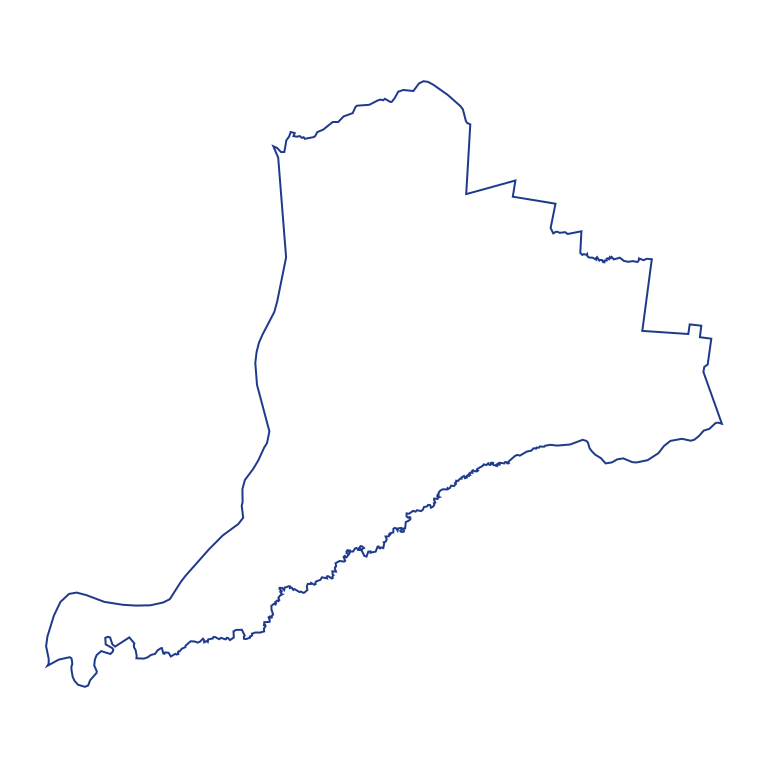 Empedrado, Corrientes, Argentina
{"feature_id": "61730980B73839587139252", "entity_name": "Empedrado", "entity_type": "district", "adm_level": 2, "iso_a3": "ARG", "parent_name": "Argentina", "parent_adm1": "Corrientes", "projection": "albers", "projection_center": [-58.733, -27.913], "detail": "fine", "context": "isolated", "style": "outline", "palette": "blue", "viewbox_px": 768, "rotation_deg": 0, "n_neighbors": 0, "source": "geoboundaries", "source_scale": "gbopen_adm2", "svg_char_len": 6088}
<svg xmlns="http://www.w3.org/2000/svg" viewBox="0 0 768 768"><path d="M721.9,423.8L703.4,371.9L704.3,366.9L707.7,364.5L711.3,338.7L699.9,337.2L701.3,325.7L689.7,324.4L688.3,334.0L642.3,330.9L651.8,259.2L646.7,258.8L643.6,260.2L639.0,258.4L638.7,260.6L637.5,262.0L632.6,261.1L628.5,261.8L624.1,261.0L619.8,257.7L613.8,259.4L611.7,257.0L610.9,258.1L609.9,257.0L608.9,259.2L607.9,258.3L606.6,258.7L606.7,260.5L604.5,260.6L604.4,262.3L603.2,262.2L602.0,260.1L600.1,259.9L599.3,260.6L597.1,257.1L596.2,258.0L596.2,259.7L592.7,257.7L589.0,257.5L587.5,256.3L587.1,254.0L586.4,254.9L583.9,254.1L582.3,254.9L580.3,252.9L581.4,231.3L567.6,234.0L565.3,232.2L559.7,232.8L557.4,231.8L555.8,231.8L553.3,233.4L550.6,228.1L555.5,203.7L512.8,196.7L515.4,180.5L466.2,194.1L470.3,124.4L466.9,122.8L465.8,120.7L462.9,109.4L460.5,106.2L447.5,94.7L433.1,84.6L428.0,81.9L423.5,81.2L419.0,83.4L413.4,91.0L403.3,90.0L398.2,91.7L394.7,98.1L391.8,101.8L390.5,102.0L384.9,98.8L383.2,100.2L380.4,99.6L377.6,100.5L369.3,104.8L356.9,105.7L355.4,107.1L352.7,113.1L343.6,116.4L338.2,122.0L332.7,122.0L323.1,129.7L317.3,132.1L315.1,136.2L313.7,137.1L304.9,138.8L303.6,137.2L302.1,137.9L299.7,136.1L296.7,136.7L293.5,136.1L294.7,133.1L290.7,132.0L289.1,136.6L286.4,140.2L284.3,152.0L281.1,152.1L277.0,147.9L273.3,146.2L278.2,157.7L286.1,257.4L277.2,301.5L274.3,312.0L262.4,334.8L258.9,342.9L256.6,352.0L255.3,362.9L257.0,384.8L269.4,431.4L267.0,443.1L264.2,447.5L258.3,460.4L253.2,468.9L244.9,480.0L242.4,489.1L242.6,502.2L241.7,505.8L243.2,517.7L238.4,523.9L222.7,535.5L209.0,549.3L185.6,575.7L180.9,581.8L169.8,599.2L163.1,602.5L150.4,605.3L136.1,605.6L123.0,604.8L104.4,601.9L86.0,595.0L76.7,592.6L69.0,593.9L60.4,602.0L53.9,615.6L47.4,636.6L46.1,646.2L48.7,658.8L48.7,663.6L47.4,665.8L58.8,659.6L69.7,657.2L71.3,658.2L71.9,660.1L72.3,664.1L71.4,666.5L71.5,670.0L72.7,676.9L74.7,681.1L78.1,684.8L84.9,686.8L88.1,685.5L90.2,680.1L96.6,672.9L96.8,671.4L94.2,665.4L94.9,659.4L96.7,655.0L101.2,651.1L110.4,654.0L112.8,651.6L113.3,649.5L112.1,648.0L105.7,644.4L105.3,637.8L108.0,636.8L110.1,637.5L112.4,644.4L115.1,646.6L129.3,637.4L134.4,643.5L133.8,644.7L134.1,647.6L135.5,649.7L136.7,655.8L136.4,658.3L143.8,658.6L147.5,657.4L150.9,655.0L155.2,653.8L157.4,650.5L160.7,648.3L161.9,648.1L163.3,653.5L164.5,653.8L165.1,652.4L168.6,652.8L170.8,656.5L175.4,653.8L176.5,654.5L178.3,654.1L177.9,652.5L178.6,651.3L179.6,651.4L181.7,648.8L185.4,647.1L185.6,645.6L190.6,641.3L194.7,641.5L197.6,642.6L200.1,641.6L202.9,638.7L204.1,640.1L204.2,642.3L206.6,641.1L207.8,642.0L208.2,639.4L212.8,638.5L213.2,637.2L214.7,636.9L219.2,639.2L221.0,637.8L225.1,639.3L226.0,639.2L226.6,637.9L227.9,637.9L230.0,640.1L233.8,637.5L233.5,631.3L236.1,629.9L241.9,629.8L244.7,635.6L243.9,636.4L243.9,638.7L245.9,639.1L250.0,637.7L249.9,636.5L251.7,635.9L252.2,634.9L251.9,633.7L255.3,632.5L259.9,632.6L264.2,631.4L263.9,628.7L265.6,625.9L265.1,624.9L264.0,625.1L264.3,622.2L269.5,621.9L269.8,620.6L268.6,617.3L269.8,616.5L270.6,617.7L271.8,617.5L271.9,615.7L273.1,614.5L271.5,609.7L271.4,605.8L273.9,603.9L275.5,604.5L276.1,603.2L275.2,602.2L277.1,600.5L278.3,601.2L279.3,600.2L278.4,597.8L279.9,595.7L282.2,594.4L281.2,594.1L281.3,592.8L280.3,591.9L281.7,591.0L279.5,589.0L279.6,587.8L282.3,588.0L284.2,590.0L284.7,587.6L289.0,586.2L290.0,586.4L289.9,588.1L291.7,587.6L293.3,589.9L294.3,589.0L299.6,592.1L300.9,591.6L303.7,592.9L304.7,592.4L307.4,589.9L306.8,586.8L307.7,583.9L310.8,584.0L311.0,582.9L314.3,584.7L315.6,584.1L315.4,582.5L316.2,581.4L320.5,579.8L321.9,577.3L327.0,578.4L326.6,577.2L327.2,576.2L328.5,576.3L331.6,578.5L332.7,578.1L332.4,576.4L333.5,575.3L332.6,574.2L332.4,571.3L336.0,571.6L334.9,568.8L334.9,567.4L336.1,566.5L335.6,563.1L339.6,561.0L344.1,561.6L345.2,560.8L343.6,556.9L344.8,555.9L345.5,557.2L346.5,557.3L349.0,554.1L346.6,553.2L346.5,551.5L347.4,550.2L349.6,550.5L348.9,551.7L349.8,552.4L350.4,551.5L353.1,551.5L354.9,548.6L356.3,548.0L357.7,548.7L357.8,549.8L360.7,550.1L360.3,548.8L359.1,548.1L360.6,546.1L362.1,546.4L364.0,548.0L361.8,549.3L361.6,550.5L364.4,555.9L366.5,556.6L368.3,551.6L370.6,551.5L370.5,552.7L375.7,551.6L377.6,546.6L378.6,546.5L378.8,547.6L380.0,548.4L380.9,547.4L383.3,548.1L384.2,543.4L383.7,542.3L385.7,541.6L386.7,539.4L385.6,536.5L388.5,536.4L390.1,534.6L389.2,534.2L389.9,533.3L393.3,532.4L393.4,528.8L394.7,527.9L396.2,528.4L397.6,530.6L398.1,528.4L401.6,527.9L402.3,529.1L400.3,530.9L401.3,531.9L403.6,531.8L404.0,530.8L403.5,529.4L404.0,528.4L405.1,528.4L405.8,522.1L409.4,520.3L410.4,519.1L410.3,517.5L409.2,517.0L408.2,517.8L406.5,516.3L406.6,513.4L409.1,513.7L413.2,510.8L415.6,511.7L417.0,510.2L421.0,511.1L422.9,509.7L423.9,507.1L427.3,506.3L428.1,504.9L430.2,505.1L431.0,507.7L433.2,506.5L434.3,504.8L433.9,503.2L435.3,502.6L433.9,499.5L434.3,498.5L437.6,498.9L437.8,497.7L439.4,497.1L437.3,496.2L437.6,494.8L438.6,494.9L438.7,492.6L440.3,490.6L442.6,489.3L447.2,489.4L447.6,488.1L448.6,488.8L449.8,488.1L451.2,485.6L453.9,486.1L455.9,484.0L455.0,483.0L456.2,482.2L456.2,480.7L458.1,480.9L460.0,478.7L461.6,478.7L461.7,477.3L464.0,476.0L465.0,478.2L466.9,477.5L466.4,476.4L467.2,475.6L468.7,475.9L468.5,474.8L470.0,474.8L469.3,473.5L470.2,472.6L472.4,472.8L472.0,471.1L473.0,470.2L474.3,471.2L477.0,471.4L477.9,470.6L476.7,470.1L477.3,468.9L482.7,465.9L483.7,464.4L486.4,465.1L488.2,463.3L489.3,464.8L490.4,464.9L491.2,464.1L490.8,463.0L491.8,462.6L493.2,462.9L493.0,464.5L493.9,465.2L496.7,465.9L496.2,464.8L498.0,463.6L498.2,464.8L499.7,464.6L499.9,462.8L504.3,463.4L505.1,462.1L506.4,462.1L507.3,463.4L508.8,463.2L508.5,461.6L514.8,456.1L517.2,454.9L519.9,455.6L526.9,451.5L531.2,450.7L533.5,448.3L536.1,448.6L536.4,447.6L539.0,447.7L539.8,446.5L544.2,446.7L545.2,445.7L550.3,444.8L557.1,445.6L570.1,444.5L582.7,439.8L586.3,440.9L587.9,442.5L589.6,448.3L592.3,451.8L595.4,454.8L601.0,458.2L605.6,463.4L611.9,462.4L617.3,459.3L623.3,458.4L632.2,462.1L636.2,462.5L647.6,460.2L658.4,453.2L664.0,446.0L670.4,440.9L681.9,438.8L690.7,440.7L694.2,439.8L699.2,435.8L703.7,430.6L709.3,428.9L715.5,423.1L718.0,422.6L721.9,423.8Z" fill="none" stroke="#1e3a8a" stroke-width="2"/></svg>